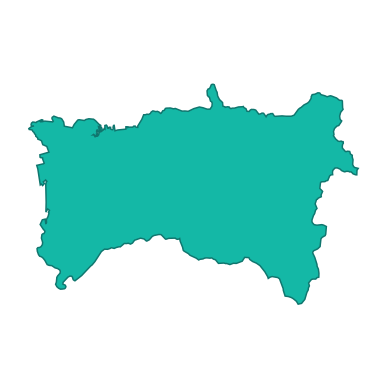 the district of Bahnea, Mures, Romania, rotated 272°
{"feature_id": "2599482B70038378899752", "entity_name": "Bahnea", "entity_type": "district", "adm_level": 2, "iso_a3": "ROU", "parent_name": "Romania", "parent_adm1": "Mures", "projection": "equal_earth", "projection_center": [24.492, 46.315], "detail": "fine", "context": "isolated", "style": "filled", "palette": "teal", "viewbox_px": 384, "rotation_deg": 272, "n_neighbors": 0, "source": "geoboundaries", "source_scale": "gbopen_adm2", "svg_char_len": 5971}
<svg xmlns="http://www.w3.org/2000/svg" viewBox="0 0 384 384"><g transform="rotate(272 192 192)"><path d="M221.4,357.3L222.2,353.6L223.3,352.5L225.1,351.6L229.8,351.8L232.6,350.9L234.3,350.9L235.5,349.0L238.0,348.2L238.2,346.0L237.8,344.9L237.8,343.9L241.1,340.8L243.0,340.6L244.9,340.9L245.9,341.5L247.4,341.4L247.7,341.0L247.5,340.1L248.1,339.3L247.7,337.8L247.9,336.3L249.9,333.8L253.1,331.4L254.3,331.9L257.4,331.3L260.4,332.2L262.9,334.5L263.6,336.4L267.8,339.0L268.4,339.1L269.2,337.9L270.4,337.3L273.1,336.9L276.8,337.8L279.9,340.1L281.4,339.6L288.2,339.1L288.8,338.5L288.8,336.2L291.0,333.2L292.8,328.1L293.0,326.8L291.9,323.7L292.8,321.5L293.8,317.5L295.4,316.2L295.5,315.3L295.5,314.2L294.1,311.6L293.5,308.7L291.4,307.8L289.8,307.8L286.5,306.0L284.9,304.4L282.9,300.8L280.4,298.2L279.5,296.7L278.2,295.3L272.4,291.4L271.2,288.6L271.0,283.8L271.2,279.3L270.5,272.3L270.9,271.5L273.2,269.9L273.1,267.8L272.5,266.9L272.2,265.3L271.2,264.2L269.8,263.4L273.2,260.8L273.3,259.2L272.5,257.8L272.1,256.1L276.1,252.8L276.6,251.1L276.6,248.5L276.0,247.4L274.5,246.4L274.6,244.1L277.2,243.0L278.0,241.2L279.3,240.2L279.0,239.6L278.6,235.4L277.3,231.5L277.2,229.2L276.7,228.0L277.6,226.4L278.3,226.1L278.4,224.3L277.8,222.3L278.2,222.2L278.9,219.9L282.5,219.4L285.4,216.2L288.8,214.3L292.6,213.6L294.1,212.7L300.0,210.5L300.4,209.4L300.3,208.3L299.8,207.5L296.8,206.4L295.7,205.4L295.5,204.5L293.6,203.5L289.2,204.0L287.8,205.1L287.3,206.1L283.5,207.3L282.8,208.5L281.4,209.1L278.3,208.9L275.4,207.1L275.3,204.3L276.6,200.0L277.2,196.4L275.4,190.9L272.5,185.4L272.7,182.3L272.5,179.2L274.9,172.4L274.5,170.6L275.2,167.4L274.9,163.5L274.6,162.5L272.6,161.4L272.2,160.0L269.7,158.5L269.4,157.7L270.4,156.9L271.4,154.7L271.1,152.9L271.7,150.1L270.5,148.4L269.0,147.6L268.0,145.9L268.2,144.3L267.6,142.8L267.5,141.0L262.8,139.3L255.9,135.4L254.7,135.5L254.7,134.4L255.3,132.9L255.9,132.8L255.7,131.3L254.7,130.5L254.6,126.4L254.1,125.4L254.2,124.8L254.9,125.2L254.9,123.7L252.5,123.7L251.4,115.6L250.5,112.9L255.9,111.9L255.8,111.3L254.0,110.8L252.8,111.1L251.6,110.7L251.4,110.1L252.1,108.4L253.8,108.4L253.9,107.2L253.6,106.6L252.8,106.5L252.8,105.6L255.4,104.6L255.9,104.0L255.4,102.6L251.8,102.8L252.3,102.0L251.1,101.4L249.8,99.8L251.9,99.9L253.5,99.2L253.9,98.7L253.7,98.3L251.9,97.9L249.9,98.5L250.0,98.9L249.5,99.0L248.1,97.1L245.9,96.7L245.0,96.1L244.4,95.4L244.4,94.5L243.8,93.2L245.8,91.8L245.7,91.1L246.2,91.7L246.0,92.0L244.6,93.3L245.4,95.5L246.1,94.5L246.5,94.5L246.3,95.8L248.9,94.5L250.5,94.7L250.7,95.3L248.9,96.1L248.5,96.9L248.7,97.3L249.2,97.5L253.5,96.4L253.1,96.9L254.5,96.9L255.5,98.3L256.5,96.6L260.0,93.0L261.3,91.1L261.6,86.4L260.8,83.5L259.7,81.9L260.3,76.6L259.9,75.3L255.4,71.9L252.0,70.3L253.3,62.1L257.5,61.3L260.5,59.3L261.1,58.3L261.4,57.1L261.3,56.2L263.0,51.3L261.7,49.6L260.4,49.5L257.9,50.9L257.2,50.3L257.7,42.3L257.0,39.7L256.9,38.1L257.2,37.8L257.4,38.1L258.3,40.4L258.8,40.3L259.0,39.2L256.7,34.4L256.0,33.8L256.4,30.5L255.3,29.2L253.8,28.8L252.6,29.1L252.3,29.3L252.5,31.8L251.9,29.5L249.7,26.7L248.8,27.1L248.5,29.9L246.8,31.0L245.9,32.2L244.8,32.5L243.8,33.7L242.3,33.9L240.9,35.7L239.3,36.2L239.0,37.6L237.9,39.8L234.1,41.2L232.5,45.3L226.8,47.6L223.9,38.7L221.5,38.9L221.1,39.3L220.9,41.5L219.7,41.6L215.6,43.3L215.0,42.5L213.2,35.9L209.7,37.1L193.8,40.1L194.7,41.0L193.2,42.5L195.3,44.2L196.9,43.0L198.9,45.3L197.7,45.9L198.0,46.2L197.6,46.6L196.7,46.0L194.5,45.6L176.5,46.6L166.8,46.7L170.0,48.4L168.7,50.2L166.7,49.2L166.0,49.8L162.5,49.0L159.2,47.4L156.6,47.7L155.5,47.4L155.4,46.9L159.8,46.2L159.0,43.4L154.2,41.4L149.1,45.0L148.4,46.0L147.2,46.4L145.3,45.5L144.9,44.2L144.2,43.5L140.7,43.1L136.4,44.5L134.2,44.3L132.1,43.0L131.3,41.7L131.0,39.9L130.0,39.1L127.3,39.5L124.0,40.8L122.5,42.0L122.0,43.8L120.8,45.4L118.6,47.3L114.4,49.8L113.7,51.7L113.5,54.5L111.4,57.8L110.8,60.4L109.4,62.6L108.3,63.1L106.3,63.0L103.5,60.7L102.0,59.9L97.1,59.6L95.0,58.9L92.6,60.3L91.2,62.0L90.3,63.9L90.5,66.0L90.9,68.0L91.5,68.7L92.9,69.3L94.4,68.7L95.4,66.2L97.2,66.3L102.6,71.0L103.7,72.9L103.6,74.8L102.6,75.5L100.3,76.3L99.3,77.6L99.2,78.2L104.7,84.7L114.4,93.2L115.7,94.8L119.1,97.4L129.3,103.5L131.8,106.5L131.8,109.7L132.7,112.1L133.5,113.3L132.9,116.2L134.0,118.5L134.7,121.0L134.7,122.3L138.2,126.1L138.2,128.5L138.6,130.0L137.8,132.4L138.9,134.3L141.8,136.3L144.1,142.2L143.4,145.7L141.5,148.0L141.4,148.6L142.8,151.1L146.1,153.7L147.2,155.5L148.4,160.5L148.3,162.7L144.0,167.1L144.0,167.9L144.9,170.4L145.3,176.9L144.5,177.9L144.2,179.0L144.5,180.5L145.1,181.3L142.4,181.9L136.5,184.5L133.4,185.3L132.6,186.2L130.3,190.5L128.7,192.2L126.0,198.6L124.3,201.1L125.0,202.3L125.5,205.3L126.4,207.0L126.7,209.0L126.5,212.4L126.8,213.4L126.7,214.2L125.6,215.9L125.1,217.8L121.6,220.9L122.1,226.3L121.6,228.4L121.8,229.1L120.8,232.4L122.2,235.8L122.2,238.9L124.6,244.6L128.5,246.9L128.4,251.1L126.6,252.1L124.7,254.9L123.1,258.9L120.8,262.5L114.8,267.6L110.0,270.6L108.3,271.2L109.6,273.0L110.3,275.0L109.5,280.7L108.3,282.5L98.6,286.5L96.8,286.7L91.2,288.7L90.9,291.9L90.0,294.9L89.0,296.8L86.4,300.2L83.6,302.0L84.5,305.4L88.6,308.5L95.6,310.3L98.3,311.6L100.2,311.7L102.3,312.6L105.2,311.7L108.7,314.4L109.2,315.8L109.3,318.7L110.8,319.9L111.3,321.7L115.2,321.7L119.3,321.0L122.2,319.6L124.1,319.4L130.9,317.0L135.2,314.8L136.1,314.8L137.5,315.6L139.5,319.5L141.9,321.9L149.7,322.5L151.2,323.6L153.1,326.6L154.4,327.1L162.2,327.5L163.5,324.7L163.9,322.9L163.2,318.0L163.6,315.2L165.6,313.3L166.8,312.9L168.3,312.9L172.7,314.2L174.7,315.3L178.1,316.1L179.9,317.5L184.4,315.5L188.8,316.7L189.2,317.6L190.3,318.4L191.8,321.4L193.5,321.1L197.2,322.5L200.0,319.6L205.7,320.1L206.7,320.9L207.0,324.5L207.7,325.4L208.3,327.3L212.9,329.0L213.9,330.2L214.2,332.0L216.2,331.7L218.4,331.9L220.9,334.0L221.2,336.2L220.1,339.1L218.6,340.8L217.6,343.3L217.5,344.1L218.0,345.3L218.1,346.8L218.0,348.1L217.6,348.7L217.6,350.5L215.8,352.3L214.9,354.9L214.9,356.1L219.5,356.1L221.4,357.3Z" fill="#14b8a6" stroke="#0f766e" stroke-width="1.5"/></g></svg>